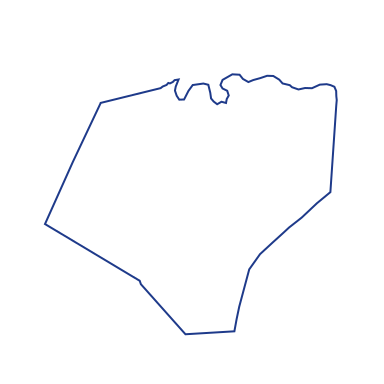 the district of R'Kiz, Trarza, Mauritania, rotated 195°
{"feature_id": "47542326B92400580164100", "entity_name": "R'Kiz", "entity_type": "district", "adm_level": 2, "iso_a3": "MRT", "parent_name": "Mauritania", "parent_adm1": "Trarza", "projection": "mercator", "projection_center": [-15.137, 16.952], "detail": "fine", "context": "isolated", "style": "outline", "palette": "blue", "viewbox_px": 384, "rotation_deg": 195, "n_neighbors": 0, "source": "geoboundaries", "source_scale": "gbopen_adm2", "svg_char_len": 999}
<svg xmlns="http://www.w3.org/2000/svg" viewBox="0 0 384 384"><g transform="rotate(195 192 192)"><path d="M303.3,254.0L314.9,190.1L325.7,123.0L219.5,92.7L217.5,89.7L161.5,52.9L115.0,68.4L116.0,80.7L116.7,93.5L116.7,132.1L110.2,149.6L100.9,164.3L93.6,175.6L89.0,182.9L79.4,195.7L68.4,213.5L58.3,227.7L75.1,313.2L76.0,318.3L77.4,321.9L78.9,326.9L81.7,330.5L85.8,331.1L89.8,331.0L96.3,328.8L103.0,323.3L109.7,321.7L115.7,318.6L122.5,319.1L125.2,320.5L132.6,320.3L136.8,323.1L143.5,325.1L149.5,323.7L155.5,319.7L161.8,316.0L166.0,312.8L172.1,314.4L176.4,317.6L183.5,316.1L191.5,308.2L192.2,302.7L189.3,299.9L184.2,298.9L181.5,294.7L182.5,290.8L182.2,286.8L186.9,286.8L190.4,283.3L194.5,285.0L197.8,287.3L200.0,292.5L204.0,299.8L209.1,299.7L219.0,295.5L221.6,288.7L223.6,279.3L228.2,277.9L231.7,281.0L234.7,285.5L235.0,289.6L234.1,297.2L237.8,295.5L239.0,293.3L241.4,291.2L243.1,291.2L244.3,288.8L247.6,286.3L249.2,284.2L303.3,254.4L303.3,254.0Z" fill="none" stroke="#1e3a8a" stroke-width="2"/></g></svg>